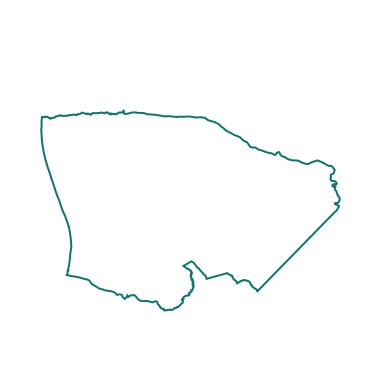 outline of Waimate District, Canterbury, New Zealand, rotated 164°
{"feature_id": "76426892B45923139634861", "entity_name": "Waimate District", "entity_type": "district", "adm_level": 2, "iso_a3": "NZL", "parent_name": "New Zealand", "parent_adm1": "Canterbury", "projection": "equal_earth", "projection_center": [170.93, -44.627], "detail": "fine", "context": "isolated", "style": "outline", "palette": "teal", "viewbox_px": 384, "rotation_deg": 164, "n_neighbors": 0, "source": "geoboundaries", "source_scale": "gbopen_adm2", "svg_char_len": 5915}
<svg xmlns="http://www.w3.org/2000/svg" viewBox="0 0 384 384"><g transform="rotate(164 192 192)"><path d="M270.1,100.9L265.1,99.6L260.6,96.9L257.4,97.1L255.9,96.4L255.6,95.9L255.9,94.0L254.7,91.8L254.2,89.4L253.9,89.0L253.1,88.6L252.7,87.8L251.7,87.5L251.4,87.2L251.2,86.8L251.5,86.0L251.0,85.6L250.3,85.7L248.5,85.1L247.3,85.4L245.6,84.6L244.9,84.9L243.9,84.2L243.1,84.1L241.6,84.6L240.6,85.3L239.4,84.9L238.5,85.4L236.8,85.2L236.1,86.0L235.0,86.3L233.9,86.8L233.6,87.2L232.9,87.7L231.7,87.9L231.3,88.3L230.9,89.1L230.8,90.2L231.5,90.9L231.4,91.3L231.2,91.6L229.5,91.7L229.5,92.7L229.3,93.1L228.2,93.7L227.4,93.7L226.9,93.9L224.9,93.7L224.2,94.0L223.9,93.5L223.2,93.5L222.6,94.4L222.6,95.7L221.6,95.6L220.8,96.1L220.7,96.5L220.0,96.6L220.0,96.8L219.5,97.1L219.6,97.8L218.9,97.7L217.7,98.9L217.7,99.6L217.1,99.8L216.3,101.1L216.9,101.7L216.4,102.4L216.7,102.5L216.5,102.9L216.8,103.4L216.5,103.7L216.3,103.7L216.4,104.1L215.8,104.5L216.0,104.7L216.3,105.7L215.9,106.1L215.5,106.2L215.7,106.6L215.6,107.0L216.3,107.4L216.6,107.7L215.9,108.3L216.4,108.5L216.5,109.2L216.1,110.4L216.1,110.8L216.5,111.1L215.5,112.0L215.5,112.4L215.8,112.6L214.4,114.1L214.4,114.3L214.9,114.3L214.5,114.8L214.8,115.1L214.5,115.3L214.5,115.6L214.8,116.1L214.9,116.9L215.5,116.9L215.6,117.5L216.7,118.9L218.0,119.7L218.2,120.3L220.6,123.3L211.6,125.5L210.0,123.7L209.5,122.9L209.4,122.2L208.8,121.1L208.3,119.7L207.9,118.0L206.4,116.6L205.4,113.5L203.9,111.3L203.8,110.0L203.4,109.4L202.4,108.6L201.9,106.1L201.9,104.5L180.4,104.3L179.9,103.3L177.9,101.6L177.8,101.1L176.8,100.7L176.5,100.3L176.4,99.8L176.5,98.5L176.2,97.3L175.4,95.7L174.3,94.6L173.9,93.0L174.0,92.1L173.5,92.3L173.3,92.0L172.6,92.2L172.2,92.0L171.7,92.4L170.9,92.4L169.7,93.0L169.2,92.9L168.4,93.1L168.1,92.9L167.8,93.1L166.6,93.1L166.1,92.7L165.4,92.8L165.1,92.5L164.6,92.4L163.7,91.5L162.8,91.2L162.5,90.8L161.5,90.0L161.2,89.3L161.3,89.1L160.8,86.1L160.5,86.0L160.6,85.8L160.4,85.4L160.0,85.1L159.9,84.3L159.0,82.9L158.3,82.2L157.8,81.4L156.6,80.4L156.5,79.9L156.7,79.3L156.4,78.6L60.1,133.5L58.4,134.1L54.6,137.7L54.7,138.3L55.1,138.8L56.2,139.9L56.7,140.0L57.5,140.6L57.9,141.4L57.6,141.7L57.0,141.8L55.4,141.2L55.1,141.6L54.3,141.7L52.9,142.7L51.9,144.6L51.8,145.2L51.9,146.2L52.7,147.8L52.5,148.4L53.0,149.8L53.1,151.5L52.9,152.8L53.0,153.2L53.8,154.1L53.7,156.4L52.8,157.2L52.6,157.7L53.2,158.2L54.6,158.2L55.1,158.5L55.4,159.0L55.0,160.0L54.2,160.5L53.0,160.3L51.6,159.6L50.8,159.8L50.5,160.1L50.7,161.5L51.7,162.7L52.0,163.4L54.0,163.9L54.8,164.4L55.3,165.1L55.1,165.7L55.2,166.5L54.3,168.0L54.0,170.0L53.2,170.6L51.5,170.6L50.8,170.8L48.7,173.9L49.7,176.5L49.9,177.5L50.3,178.1L52.4,179.2L53.0,179.2L55.9,181.8L57.1,183.3L57.8,183.7L59.6,185.5L60.9,186.2L61.4,186.9L62.4,187.5L63.3,187.9L64.3,187.6L66.4,187.7L69.9,187.5L71.9,186.9L73.6,187.0L75.5,188.1L79.4,190.9L80.6,192.4L82.8,193.5L87.1,194.9L88.2,195.7L89.4,196.2L92.1,198.5L93.0,200.0L94.2,200.5L96.0,202.1L96.7,203.5L97.0,205.2L97.3,206.0L97.6,206.5L99.5,206.4L100.2,206.1L100.3,205.7L101.0,205.0L102.0,204.8L102.5,205.0L105.1,207.4L108.7,209.2L114.4,213.3L116.2,214.2L119.1,217.6L120.8,217.7L121.4,217.9L122.2,218.6L123.3,219.0L123.8,219.8L124.4,222.0L125.5,224.8L128.8,227.7L130.2,230.4L131.0,231.6L133.3,233.5L135.8,235.2L138.6,238.2L141.8,241.1L143.1,242.8L144.4,245.0L145.7,246.6L147.4,249.5L148.5,250.8L151.4,253.3L156.8,256.6L157.2,257.1L157.4,257.7L158.6,258.7L158.8,258.9L158.8,259.5L159.3,259.9L162.9,261.4L168.0,262.7L173.6,265.3L180.4,266.9L183.0,267.8L185.5,268.2L189.4,269.6L192.1,270.9L197.6,272.3L204.9,275.9L213.0,278.9L216.2,280.9L219.2,282.1L222.1,282.9L224.4,284.1L227.5,284.9L232.8,285.1L235.4,285.6L235.5,285.7L235.4,288.9L235.9,288.7L236.6,287.9L237.7,287.5L238.2,287.9L240.0,288.4L241.9,288.2L242.7,287.6L243.5,287.7L244.0,287.8L244.5,288.3L245.2,288.2L245.3,288.5L247.6,288.9L247.2,289.2L248.3,289.9L249.8,289.6L250.4,290.3L250.5,290.9L250.9,291.5L251.4,291.9L252.5,291.7L252.8,291.8L252.9,292.1L253.4,292.2L254.7,291.8L255.5,292.3L256.6,293.2L257.7,293.4L259.1,293.3L260.5,293.8L263.0,294.2L264.4,294.9L265.7,295.1L267.0,295.0L267.2,294.8L267.4,294.3L268.0,294.3L268.9,294.7L269.7,295.7L270.3,295.8L270.7,296.2L271.7,295.9L272.1,295.9L272.7,296.8L273.7,297.1L274.4,297.6L274.7,298.0L275.6,298.5L276.2,298.6L277.1,298.1L278.8,297.9L279.6,298.1L281.1,297.7L280.4,298.1L280.7,298.3L281.3,297.9L282.1,297.9L283.2,298.4L283.6,298.8L284.1,299.1L286.8,299.1L287.6,299.5L288.8,299.4L289.5,299.9L290.6,299.6L293.1,300.1L293.5,300.5L294.5,300.5L295.7,300.9L296.5,301.7L297.0,301.5L298.5,302.3L299.8,301.8L300.4,302.1L301.5,302.1L302.1,301.9L302.9,302.0L303.9,301.3L306.3,301.8L307.7,301.4L308.2,301.8L308.2,302.0L307.4,302.0L308.6,302.3L309.5,303.0L309.6,303.4L310.5,304.3L311.8,304.7L312.4,304.4L312.8,304.8L314.3,304.9L315.5,305.4L316.8,302.4L318.7,296.0L319.7,293.6L321.9,283.7L323.0,276.8L323.6,270.5L323.9,265.3L323.9,254.6L323.8,253.6L323.6,253.2L323.7,251.8L323.3,244.9L323.6,244.7L323.2,240.7L322.8,229.0L322.3,222.7L322.0,220.8L321.7,212.9L321.3,207.9L320.7,204.7L320.2,198.3L320.2,196.9L320.0,195.7L320.2,192.7L319.9,192.6L320.6,185.9L321.5,180.1L322.7,174.2L323.3,172.2L324.4,169.7L326.2,166.0L326.7,164.0L328.2,160.4L328.3,160.2L330.5,155.3L330.1,155.4L330.7,155.0L331.9,152.8L332.6,151.1L332.3,151.1L332.3,150.9L332.9,150.9L333.0,150.2L333.4,150.0L334.4,147.6L335.3,146.7L333.9,146.1L332.9,145.4L331.0,144.3L328.2,143.2L327.1,142.5L323.3,140.7L320.2,138.5L317.2,137.0L315.5,135.7L314.3,133.2L313.7,131.3L309.3,126.6L308.0,124.9L306.0,123.8L301.7,120.9L296.9,118.8L295.1,117.6L293.6,116.2L292.3,113.7L290.7,113.8L289.2,113.3L287.9,112.5L287.6,112.0L287.7,110.6L287.6,110.0L286.1,107.8L285.5,107.8L284.8,108.5L283.7,109.2L282.8,110.2L282.6,108.9L282.2,108.7L281.5,108.7L280.7,109.4L279.3,109.6L277.4,108.9L276.7,109.0L275.9,108.8L275.0,107.6L274.7,106.6L274.1,105.8L273.8,104.5L272.7,102.8L271.4,101.6L270.1,100.9Z" fill="none" stroke="#0f766e" stroke-width="2"/></g></svg>